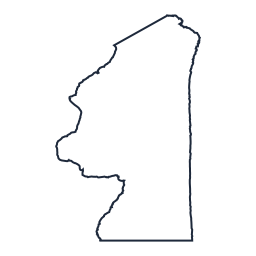 the district of Choll, Palau
{"feature_id": "81905179B4066449576994", "entity_name": "Choll", "entity_type": "district", "adm_level": 2, "iso_a3": "PLW", "parent_name": "Palau", "parent_adm1": "", "projection": "albers", "projection_center": [134.635, 7.673], "detail": "fine", "context": "isolated", "style": "outline", "palette": "slate", "viewbox_px": 256, "rotation_deg": 0, "n_neighbors": 0, "source": "geoboundaries", "source_scale": "gbopen_adm2", "svg_char_len": 5749}
<svg xmlns="http://www.w3.org/2000/svg" viewBox="0 0 256 256"><path d="M192.2,240.6L192.1,238.2L191.9,236.9L192.3,236.2L191.8,234.5L191.9,233.8L192.0,232.5L192.1,231.1L192.2,229.6L191.6,228.2L191.5,224.6L191.4,222.2L191.2,219.6L191.2,218.0L191.0,217.1L190.7,215.3L190.4,212.8L190.7,210.4L190.4,208.9L190.7,206.7L190.1,205.3L190.2,204.2L190.3,202.6L190.0,200.0L190.0,198.9L189.9,197.2L190.0,196.0L190.2,195.0L190.3,193.7L190.1,192.4L190.1,191.4L190.1,188.9L189.8,183.3L189.8,180.9L189.8,179.7L190.0,178.8L190.1,177.0L190.0,175.9L190.1,174.4L190.1,173.0L190.0,171.1L190.0,168.1L189.9,166.9L189.9,165.2L189.9,163.4L189.8,161.7L189.9,159.6L190.4,158.8L190.2,157.6L190.4,155.6L190.7,153.7L190.0,152.1L190.1,151.5L190.2,150.0L190.4,148.5L190.4,145.4L190.6,143.9L190.6,141.3L190.5,138.9L190.4,136.9L190.3,135.5L190.9,134.9L190.9,133.6L190.4,132.7L190.1,131.1L190.1,130.0L189.8,128.6L190.2,127.1L189.9,126.3L190.5,125.6L190.4,124.7L189.8,119.9L190.1,119.4L189.8,117.5L190.0,115.5L189.7,113.5L189.5,112.2L189.5,110.8L189.3,108.2L189.6,106.9L189.5,105.5L189.3,104.0L189.9,102.5L189.9,101.4L189.8,100.5L189.1,98.6L189.5,97.8L189.8,97.0L189.4,96.4L189.6,94.8L189.1,93.9L189.3,92.9L189.2,92.3L189.4,91.4L189.4,90.1L189.1,87.9L189.2,85.5L189.4,82.8L189.6,81.5L189.4,80.1L189.8,77.7L190.4,74.7L190.9,73.5L191.2,72.2L190.3,71.0L190.5,70.0L191.0,69.4L191.0,68.6L191.5,68.1L191.7,66.3L192.2,65.3L193.1,63.7L193.2,62.8L192.7,62.4L193.1,61.4L193.0,60.8L193.3,60.4L193.3,59.6L192.8,59.3L193.8,58.0L193.6,56.9L194.2,55.5L194.7,54.4L195.5,53.9L195.6,53.2L195.4,52.5L195.9,51.1L196.4,50.9L196.8,50.2L196.7,49.3L195.7,48.7L196.1,47.7L196.4,46.5L197.0,46.4L197.9,46.4L198.0,45.7L198.1,44.9L197.6,43.9L197.8,43.4L198.4,43.6L198.8,43.4L199.2,42.6L199.2,41.9L199.0,41.5L198.4,41.2L198.6,40.8L199.4,40.5L199.3,39.1L199.5,38.6L199.8,37.7L199.3,37.4L199.2,36.8L198.8,35.6L197.8,34.3L197.2,33.0L196.1,32.8L194.7,32.7L194.0,32.1L193.5,31.2L192.5,30.5L191.2,29.7L190.2,29.0L189.7,28.3L189.1,28.2L187.9,27.9L187.0,27.8L186.9,27.3L186.4,26.9L185.9,26.9L185.6,27.2L184.3,27.1L183.9,27.4L183.7,27.2L183.5,26.5L183.1,26.5L182.4,26.0L181.5,25.5L180.8,25.3L180.7,24.9L180.3,24.4L179.5,24.0L180.1,23.6L180.8,23.5L180.8,23.8L181.1,24.0L181.5,24.1L181.7,23.7L181.6,23.4L181.2,23.1L181.2,22.8L181.6,22.4L182.1,22.2L182.4,21.8L182.4,21.4L182.5,21.0L182.4,20.6L181.7,20.3L181.7,19.9L181.4,19.6L181.2,19.2L180.9,18.8L180.0,18.7L179.8,18.3L179.4,18.3L178.9,18.6L178.8,18.1L178.2,17.8L177.7,17.4L177.3,16.9L176.8,16.5L176.3,15.8L175.6,15.8L175.1,15.4L174.3,15.5L173.7,15.5L173.4,16.1L172.6,16.0L173.0,15.7L172.2,15.5L171.8,15.8L170.8,15.8L170.0,15.6L168.4,15.8L168.1,15.5L167.8,15.4L167.3,15.6L167.0,15.5L166.9,15.8L114.1,45.3L114.7,45.8L116.0,47.4L116.2,49.1L115.8,50.1L115.0,51.7L114.8,53.2L114.5,53.7L113.8,55.2L113.2,56.4L112.9,57.3L112.3,57.5L111.2,59.2L110.3,60.5L109.8,62.0L108.9,62.4L108.1,62.9L107.3,63.9L106.5,64.0L106.1,64.5L105.7,64.6L105.0,65.2L104.6,65.6L104.2,66.8L103.2,66.7L102.0,67.0L100.0,67.9L98.5,69.6L97.7,71.0L98.6,72.8L97.6,73.3L95.9,72.2L93.9,73.1L92.5,74.7L91.4,75.4L89.5,76.2L88.4,76.8L88.2,77.5L86.9,78.1L85.8,79.1L85.0,79.5L84.0,79.8L83.7,80.3L83.1,80.3L82.7,81.5L81.9,82.2L81.3,82.3L80.7,82.9L79.7,83.2L79.3,83.5L79.1,84.3L79.2,85.4L79.0,86.1L78.1,86.7L77.6,87.1L77.5,88.0L77.0,88.6L77.0,89.6L76.4,90.6L76.1,91.3L76.0,92.0L76.3,92.5L76.1,93.3L75.8,93.7L75.7,95.0L74.6,95.1L73.4,95.5L72.1,96.3L70.7,96.5L69.6,97.0L69.4,98.1L70.1,98.8L69.7,99.6L70.3,100.8L71.2,101.8L72.5,103.0L74.7,104.9L76.7,106.3L78.6,107.8L79.8,109.5L81.1,111.3L81.3,112.8L81.0,114.0L80.8,115.0L80.3,116.6L80.4,117.6L79.9,118.5L79.5,120.3L79.0,121.3L78.7,122.7L78.4,123.8L77.9,124.3L77.6,125.0L77.1,126.3L77.1,127.6L76.8,129.1L76.2,129.8L75.7,130.9L75.5,131.8L74.2,132.2L72.3,132.4L71.2,132.7L70.1,133.8L68.7,134.5L67.4,135.3L67.2,136.2L66.5,136.3L65.1,136.3L63.9,136.9L62.3,137.5L61.5,138.6L60.6,139.4L59.5,140.3L58.1,141.1L57.6,142.1L57.1,142.9L57.0,144.2L56.7,145.2L56.2,146.2L56.4,147.0L56.8,147.5L57.2,149.1L57.2,151.1L57.3,151.7L57.3,152.2L57.4,153.1L57.2,154.0L57.3,155.0L57.9,155.8L58.2,157.2L58.5,158.4L59.8,159.7L61.6,160.4L66.3,161.1L67.7,161.1L68.8,160.0L69.2,160.6L70.4,160.7L71.4,160.9L72.7,162.1L74.7,163.1L75.3,163.1L76.3,163.6L77.5,164.2L78.4,164.9L79.1,165.4L79.5,165.9L79.7,166.7L79.7,167.9L79.9,169.0L80.3,169.8L81.2,170.2L82.3,170.1L82.9,169.5L83.0,170.9L82.5,172.8L82.5,174.9L83.6,175.5L85.0,176.3L86.0,176.5L87.0,176.5L87.9,177.2L88.9,176.9L91.6,176.5L93.0,176.7L95.5,176.8L96.8,176.6L98.1,177.4L99.0,177.4L103.4,176.8L104.6,176.6L106.3,177.3L106.8,177.0L108.1,177.5L108.7,176.8L109.6,176.8L112.4,175.9L113.4,175.8L114.5,175.5L115.2,175.2L117.1,175.3L117.7,176.0L117.4,176.2L117.7,176.6L118.6,176.6L118.7,177.2L118.2,177.6L118.4,179.1L119.2,180.0L120.2,180.5L121.2,180.8L122.1,180.9L123.0,180.7L123.6,180.5L124.2,180.6L123.8,181.2L123.7,182.2L123.8,183.2L123.8,184.1L124.2,184.7L124.2,185.1L123.5,186.1L123.0,187.1L123.0,187.8L122.6,188.2L122.7,189.2L123.2,190.5L122.8,190.7L122.8,191.8L122.1,192.5L122.5,193.1L121.4,193.7L120.6,194.5L119.9,194.7L119.4,195.3L118.9,195.5L118.7,196.4L118.3,197.0L117.9,197.9L117.9,198.6L117.2,199.1L116.6,200.2L116.1,200.3L115.4,201.0L114.3,201.7L113.1,202.7L113.1,203.6L112.6,203.8L112.6,204.6L112.1,204.9L111.9,205.6L111.6,206.0L111.9,207.0L111.2,206.9L110.6,207.4L110.6,208.7L109.9,209.8L109.5,211.0L109.2,212.1L108.4,212.4L106.8,213.3L106.0,213.9L105.3,214.1L104.0,215.5L104.0,216.3L103.2,216.9L101.7,218.2L100.3,220.3L99.3,222.2L99.8,223.8L98.6,224.4L98.6,225.3L98.3,226.7L97.7,227.4L97.7,228.1L97.3,228.7L97.8,229.7L96.9,230.2L96.5,231.8L97.1,232.6L96.9,234.0L97.8,234.4L97.6,235.5L98.2,235.9L98.5,237.0L99.0,237.8L99.6,238.0L100.2,238.6L100.9,239.9L99.4,240.6L148.5,240.6L192.2,240.6Z" fill="none" stroke="#1e293b" stroke-width="2"/></svg>